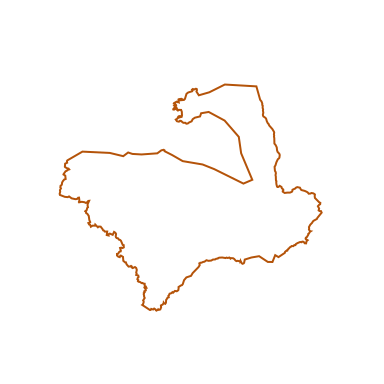 Cagaannuur, Hövsgöl, Mongolia (Mercator projection), rotated 209°
{"feature_id": "93677404B97246695364333", "entity_name": "Cagaannuur", "entity_type": "district", "adm_level": 2, "iso_a3": "MNG", "parent_name": "Mongolia", "parent_adm1": "Hövsgöl", "projection": "mercator", "projection_center": [98.912, 51.64], "detail": "fine", "context": "isolated", "style": "outline", "palette": "amber", "viewbox_px": 384, "rotation_deg": 209, "n_neighbors": 0, "source": "geoboundaries", "source_scale": "gbopen_adm2", "svg_char_len": 5998}
<svg xmlns="http://www.w3.org/2000/svg" viewBox="0 0 384 384"><g transform="rotate(209 192 192)"><path d="M68.6,236.8L69.9,237.8L71.1,237.2L72.3,237.3L72.8,239.2L75.0,240.6L74.6,242.5L74.0,243.4L74.5,244.7L75.9,244.7L81.6,246.4L82.8,248.0L83.2,249.3L83.8,249.6L85.4,249.6L87.1,249.0L87.6,248.1L89.1,247.1L90.5,247.7L91.7,247.8L94.0,247.6L97.1,246.8L97.9,246.9L99.7,248.1L102.3,247.3L103.2,246.1L103.4,245.1L105.2,242.7L104.7,241.3L104.8,240.5L106.1,238.9L108.3,237.7L110.5,236.1L112.8,236.3L113.1,236.7L113.0,237.9L113.4,238.4L115.2,238.8L116.2,239.8L118.3,239.9L118.8,238.4L119.7,237.8L120.3,238.0L122.0,239.8L123.0,241.3L123.4,242.4L124.0,242.6L124.8,243.8L126.2,246.2L127.1,247.2L127.7,249.0L128.5,250.0L129.7,250.7L132.0,254.1L131.9,255.7L132.6,258.9L132.8,262.2L132.2,263.8L132.2,264.4L133.2,266.9L134.2,267.8L136.6,268.6L137.9,269.8L139.5,272.1L141.6,273.6L143.4,274.3L146.2,279.1L147.1,280.1L147.5,281.2L148.3,282.1L148.9,283.8L149.5,284.4L152.2,286.0L156.7,287.6L158.1,288.7L158.9,288.8L160.8,290.1L162.7,292.0L163.8,292.5L166.2,292.7L167.0,293.3L167.6,294.2L168.0,295.8L169.5,297.7L169.9,298.8L171.0,299.8L172.0,301.8L172.8,302.2L173.4,303.4L175.1,304.9L177.1,305.7L186.9,315.6L215.4,301.9L225.2,287.6L232.9,279.9L236.8,282.0L237.1,283.6L237.9,284.4L238.8,284.1L239.8,282.7L241.2,282.5L241.6,281.5L240.7,281.0L240.7,280.2L243.1,277.7L243.8,276.8L244.4,275.1L243.3,270.0L243.7,268.6L247.4,266.1L247.6,266.2L246.6,267.0L246.0,268.4L246.4,268.4L248.4,266.9L248.7,266.5L248.6,266.1L247.2,264.2L248.4,264.3L247.1,263.7L249.2,263.6L250.8,261.1L250.8,260.6L249.8,260.4L249.7,260.9L249.3,260.9L247.9,260.2L247.9,259.8L248.3,259.6L248.1,259.1L249.0,258.7L248.4,258.4L248.0,258.9L247.6,258.1L247.6,257.5L248.2,256.9L247.9,256.5L248.3,256.3L248.6,255.4L248.4,255.1L247.7,255.3L246.8,256.5L246.9,257.1L246.4,257.4L246.9,258.0L246.5,258.3L245.1,257.2L244.7,256.5L243.8,256.4L243.4,257.0L243.7,257.0L243.5,257.4L241.3,258.5L239.7,257.1L237.8,253.9L237.9,252.6L237.6,253.1L237.5,252.8L238.9,251.4L239.1,251.6L238.8,252.0L238.2,252.3L238.6,252.7L239.4,252.6L240.4,251.7L240.5,250.9L239.3,251.0L240.3,249.7L240.4,248.9L241.3,247.5L239.5,246.6L237.7,247.1L237.2,247.6L237.1,248.4L236.1,249.0L236.3,249.2L235.9,249.0L235.9,248.7L233.1,248.3L231.3,249.3L230.1,249.0L228.9,249.9L228.2,251.5L226.6,253.6L226.7,256.0L225.5,258.4L221.6,262.0L222.2,265.3L216.2,270.1L198.1,270.3L177.8,262.9L167.8,249.7L145.2,231.9L151.1,224.3L183.6,222.8L196.1,221.2L215.1,214.5L227.2,214.7L235.8,214.4L236.2,215.1L237.2,215.2L239.0,213.6L241.1,209.0L254.3,200.4L262.6,196.4L267.0,195.6L269.5,190.0L282.9,186.3L307.4,174.2L316.3,159.3L316.4,158.4L315.4,157.1L316.7,155.3L315.4,152.4L314.9,152.2L312.4,152.2L311.4,152.6L310.4,152.2L311.6,150.8L311.8,149.8L312.6,148.9L313.0,145.5L312.9,145.0L310.8,144.9L308.8,142.1L309.8,141.0L310.2,138.9L310.2,137.3L309.5,135.6L309.5,134.5L310.0,133.8L309.4,132.2L308.4,131.7L308.4,129.6L307.4,128.3L306.9,126.3L306.1,125.4L300.9,126.1L298.1,127.3L297.4,128.5L294.2,128.1L290.5,129.2L289.2,130.1L288.8,131.8L288.1,132.3L286.3,129.9L286.1,128.4L285.8,128.2L283.6,130.0L281.2,130.9L279.5,131.0L278.5,132.8L278.4,133.9L277.7,134.4L277.4,131.0L277.0,129.9L275.6,128.2L275.9,127.7L275.8,126.8L275.3,124.8L275.5,124.2L276.0,123.9L276.0,123.4L275.3,123.4L274.3,122.2L273.0,122.2L270.7,121.0L268.2,117.7L266.4,116.3L266.5,115.8L267.6,114.6L266.2,113.7L265.1,113.9L263.6,112.6L262.7,114.3L260.5,115.5L260.8,116.6L257.2,115.5L256.8,116.6L255.1,117.4L252.3,116.2L251.1,115.4L250.4,115.6L249.1,115.1L247.0,116.3L245.7,113.0L243.9,113.5L244.3,114.0L244.3,115.1L243.7,115.8L240.6,116.1L240.8,119.3L239.3,119.2L238.1,118.5L237.2,116.2L236.5,115.5L235.5,115.2L234.3,115.6L232.7,114.9L231.7,115.2L230.5,114.9L226.9,112.1L226.0,112.4L224.8,110.5L225.6,109.3L226.9,109.0L227.8,108.2L225.7,106.1L225.6,105.4L226.3,104.9L226.7,104.0L226.6,102.4L227.6,101.5L226.8,100.1L225.1,99.7L223.6,100.0L223.8,101.6L223.5,101.9L220.9,101.8L218.7,98.5L216.3,98.0L215.7,98.4L214.1,97.0L211.3,96.0L209.9,97.0L209.5,97.8L208.6,97.7L208.5,97.0L207.5,96.7L207.0,96.7L205.5,98.7L204.0,98.5L202.5,97.1L201.7,94.4L200.9,93.9L200.6,92.4L198.5,92.9L197.5,91.8L197.8,90.6L197.5,89.2L196.3,88.9L196.1,87.8L195.3,87.6L193.8,88.1L191.9,87.9L191.1,88.5L190.1,88.3L188.9,88.8L187.7,86.7L186.7,87.0L185.4,86.1L186.8,85.1L185.2,84.3L184.7,83.5L185.6,82.0L184.8,81.4L185.2,80.2L184.7,79.8L184.5,78.9L183.7,78.2L183.2,77.3L182.0,76.4L182.2,73.5L181.3,73.0L180.7,71.7L180.6,70.5L180.3,69.9L180.7,69.1L171.6,68.4L171.0,68.8L171.0,70.0L169.0,70.4L168.6,71.7L166.9,71.6L166.4,71.1L165.6,71.0L164.7,72.5L164.7,73.0L163.9,72.8L162.8,73.9L163.1,76.2L164.2,77.7L163.1,79.3L162.9,81.0L163.1,81.5L162.2,81.1L161.2,81.2L161.1,82.5L162.3,85.1L162.1,86.7L162.2,87.6L161.3,88.6L162.3,89.7L162.1,90.2L162.3,92.2L160.9,93.6L160.6,94.9L159.7,94.8L159.0,97.2L157.2,97.8L156.4,99.4L156.8,100.8L157.7,102.4L156.3,105.0L155.6,105.7L155.4,107.0L156.2,111.0L155.5,114.6L152.2,118.2L152.1,121.4L149.9,129.5L149.8,131.8L151.0,133.1L150.6,133.6L150.5,134.1L149.4,134.8L148.3,136.3L147.3,137.1L146.3,139.3L144.2,139.8L141.9,141.4L141.0,143.0L139.0,144.3L138.6,145.2L137.1,146.4L137.0,147.1L136.0,148.0L133.7,149.4L130.6,150.5L130.1,151.3L128.8,151.6L127.5,152.8L126.1,152.4L126.0,153.0L123.9,154.0L122.6,153.9L120.5,153.1L119.4,153.2L118.8,153.9L116.4,154.6L116.4,155.0L116.1,154.6L116.0,155.2L114.0,153.8L113.0,153.7L112.3,154.5L112.1,155.3L113.1,158.5L108.3,163.5L102.2,168.4L91.8,167.6L87.7,169.8L88.6,177.1L84.8,177.0L81.3,183.8L81.6,184.8L81.1,186.1L80.3,186.8L80.6,187.4L80.1,188.2L80.2,189.2L79.8,189.7L79.6,191.1L79.0,191.9L78.7,193.0L77.1,193.8L76.8,195.2L75.8,195.7L75.9,196.8L75.0,198.4L73.2,200.7L71.8,201.2L71.7,201.8L71.1,202.3L70.2,202.5L68.5,201.8L67.3,202.4L68.0,204.5L67.5,205.9L69.7,206.0L70.2,206.6L70.2,207.4L69.7,208.2L69.6,210.9L70.0,211.8L69.6,212.3L69.6,214.2L69.1,215.2L69.7,215.0L71.5,215.8L71.9,217.0L72.7,218.0L72.7,220.7L72.0,223.4L72.0,224.8L71.7,225.8L69.7,229.0L69.8,230.2L68.6,236.8Z" fill="none" stroke="#b45309" stroke-width="2"/></g></svg>